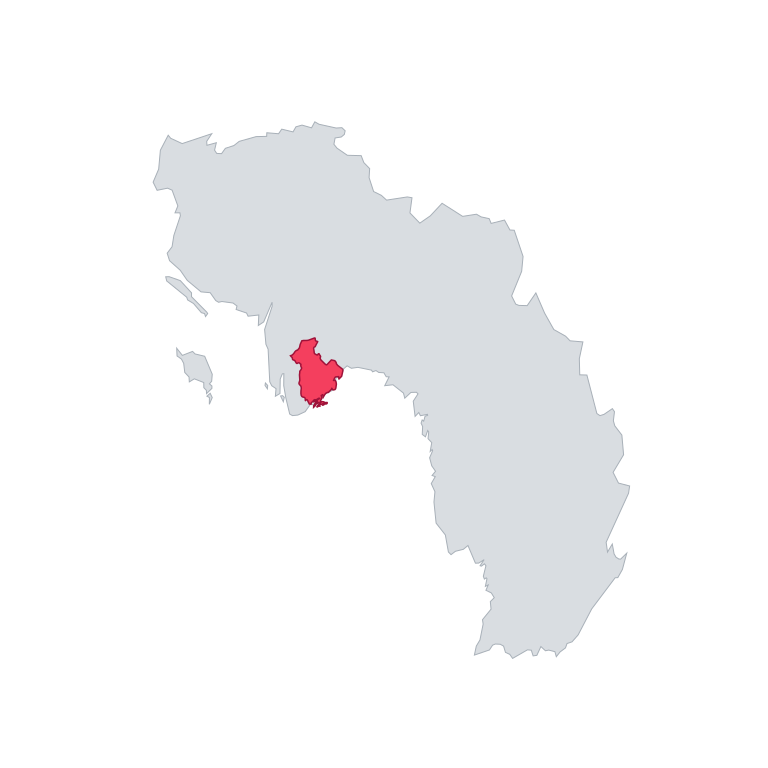 where Uppsala sits in Sweden, rotated 107°
{"feature_id": "SWE-195", "entity_name": "Uppsala", "entity_type": "County", "adm_level": 1, "iso_a3": "SWE", "parent_name": "Sweden", "parent_adm1": "", "projection": "equal_earth", "projection_center": [17.867, 60.017], "detail": "fine", "context": "in_parent", "style": "filled", "palette": "rose", "viewbox_px": 768, "rotation_deg": 107, "n_neighbors": 0, "source": "natural_earth", "source_scale": "10m", "svg_char_len": 6959}
<svg xmlns="http://www.w3.org/2000/svg" viewBox="0 0 768 768"><g transform="rotate(107 384 384)"><path d="M160.3,497.1L163.0,502.7L169.4,502.0L172.2,497.9L176.0,485.9L172.3,472.6L178.2,468.0L182.2,460.7L191.0,458.6L203.0,450.2L204.4,441.6L207.4,435.3L198.3,416.4L197.7,411.7L212.8,409.2L219.7,396.8L209.7,388.9L194.2,381.3L200.7,357.8L194.6,345.2L195.8,339.9L195.1,331.8L199.1,328.5L192.0,316.7L199.9,308.6L198.9,304.4L221.4,288.3L236.0,285.3L262.5,287.7L269.1,281.4L269.4,278.0L267.2,270.0L252.5,265.4L269.2,251.2L282.3,237.5L285.2,224.3L288.3,218.7L285.6,206.1L302.7,204.6L318.0,199.5L316.1,192.6L350.0,171.8L351.1,168.2L348.7,164.7L340.8,158.4L343.1,155.5L352.1,153.9L356.5,151.1L363.3,141.6L381.6,134.2L401.5,139.1L410.2,130.8L409.7,119.3L417.0,118.2L470.4,125.3L479.4,121.1L470.3,118.9L479.2,114.3L481.8,111.5L482.7,108.3L482.3,106.5L474.8,102.4L491.7,101.8L500.8,103.8L501.7,106.3L538.3,119.6L567.2,125.0L575.6,128.8L578.7,133.1L583.3,133.3L588.8,137.3L594.4,139.5L590.0,142.3L590.3,148.7L591.9,151.6L589.2,157.2L598.8,158.5L600.4,161.9L595.5,165.3L596.3,169.1L608.8,180.8L605.8,184.6L605.1,189.4L599.7,193.0L598.9,196.7L600.1,201.5L602.0,203.8L607.5,205.4L616.8,218.3L607.7,219.1L600.7,217.4L584.6,219.0L580.6,220.9L568.0,215.8L561.0,218.7L556.1,216.1L552.4,220.3L551.5,226.2L545.7,225.6L547.9,227.9L540.1,228.6L539.5,229.6L541.2,231.0L538.8,232.8L528.0,233.4L526.6,235.3L529.7,237.6L529.7,239.0L522.7,236.9L527.6,241.1L528.6,244.2L513.9,256.5L518.9,259.8L523.1,266.8L527.6,270.0L525.8,273.3L510.4,281.2L501.8,293.5L482.3,301.7L472.1,303.8L465.4,309.7L457.6,307.9L457.4,311.3L452.4,309.2L448.3,314.4L441.2,318.8L433.5,318.0L432.6,318.8L435.0,320.1L426.1,321.2L423.4,325.9L416.8,327.2L415.7,328.6L422.4,328.9L421.0,332.7L413.4,334.6L410.6,337.1L407.2,337.0L407.9,335.2L402.8,335.3L401.2,333.1L400.3,333.6L403.7,339.9L401.1,342.4L405.9,344.8L391.9,351.0L383.5,348.6L382.4,350.5L384.2,355.8L391.5,360.0L387.0,362.7L382.1,375.2L385.4,382.8L375.7,381.2L376.4,384.0L373.3,387.4L374.5,392.4L373.5,395.6L375.7,398.5L374.4,400.0L375.7,413.8L378.5,419.8L377.4,424.6L381.4,427.1L389.9,427.7L392.3,431.7L403.1,429.3L410.6,437.1L425.1,443.8L424.3,448.2L433.5,451.3L438.9,457.3L441.0,462.3L440.3,465.4L426.0,473.8L414.9,479.4L403.4,482.8L404.0,484.2L409.6,484.7L423.5,480.7L427.5,484.3L420.0,485.9L418.5,490.8L415.3,493.9L384.6,505.0L380.6,508.5L366.8,514.1L342.3,513.7L338.5,514.9L359.8,517.2L364.8,521.3L354.6,523.9L358.9,533.8L356.3,536.2L356.0,547.2L352.4,547.4L350.7,552.0L352.5,563.1L354.2,566.1L353.4,569.3L347.5,576.9L349.4,585.9L342.4,602.5L334.8,612.1L328.8,625.1L322.3,629.6L314.7,626.8L303.3,628.4L282.6,627.9L280.0,629.2L281.4,633.9L274.0,633.2L260.6,643.3L260.0,648.2L265.1,657.6L258.5,663.8L244.4,662.3L225.8,666.2L209.2,663.1L211.4,659.8L213.1,647.3L195.0,621.9L203.8,624.5L207.5,623.1L202.3,614.9L209.9,614.4L212.4,611.4L211.2,606.7L205.0,604.6L199.8,597.2L194.3,593.4L184.8,578.6L181.5,568.6L178.0,569.5L175.5,558.0L170.2,556.3L169.5,544.7L163.8,543.4L160.4,538.1L160.2,528.2L153.5,526.8L154.6,522.1L153.2,504.6L151.2,499.2L153.2,495.2L156.9,494.9L160.3,497.1ZM445.1,550.9L442.0,552.0L440.2,555.2L435.3,556.8L434.5,566.9L438.9,570.8L434.3,572.5L431.2,577.9L422.8,581.6L419.4,585.0L417.7,590.1L410.4,592.7L415.6,585.2L408.8,576.6L410.5,573.5L409.9,563.6L424.9,551.1L431.8,549.6L434.9,551.0L436.2,548.0L438.5,547.3L445.1,550.9ZM349.0,621.9L345.3,624.1L344.2,620.9L344.7,609.0L353.1,594.7L356.8,593.6L367.1,574.5L368.2,573.2L371.7,574.4L369.1,576.2L369.2,579.5L362.7,589.7L361.0,596.4L358.7,598.0L349.0,621.9ZM448.0,547.0L447.4,549.8L443.7,547.5L447.2,544.3L454.5,545.1L448.0,547.0ZM430.4,475.1L425.7,479.4L424.8,477.6L425.8,475.5L430.4,475.1ZM420.1,497.4L417.7,497.7L419.4,494.8L422.7,494.1L420.1,497.4Z" fill="#d9dde1" stroke="#a8b0b8" stroke-width="1"/><path d="M382.0,427.8L382.7,427.5L383.3,427.2L388.2,426.8L389.2,426.8L389.9,427.2L390.4,427.6L391.8,428.1L392.3,428.5L391.8,428.9L390.5,429.4L390.2,429.6L390.4,430.2L390.9,431.1L391.0,431.6L391.5,432.5L392.7,433.0L395.3,433.2L395.3,432.9L394.7,431.7L396.0,430.5L398.0,429.5L401.7,428.9L402.8,428.9L403.8,429.4L404.5,430.9L404.4,431.4L404.2,431.8L403.9,432.2L403.5,432.4L403.5,432.7L404.4,432.7L405.3,433.1L407.0,434.1L408.3,434.7L408.4,434.9L408.6,435.6L408.8,435.9L409.9,436.9L411.2,437.5L414.2,438.2L413.6,438.5L412.7,439.0L412.2,439.4L412.2,439.7L412.8,440.1L413.0,440.3L413.3,440.6L413.8,440.3L414.8,439.7L415.5,439.4L416.1,439.3L416.6,439.4L417.8,439.7L420.3,439.7L421.0,440.0L421.0,440.5L421.0,440.9L421.0,441.2L421.2,441.4L422.0,441.8L422.0,442.1L421.6,442.2L421.1,442.1L420.7,442.1L420.3,442.4L425.3,443.6L426.8,444.5L425.3,444.9L419.3,443.5L418.2,442.7L416.3,440.9L416.8,442.4L418.2,443.6L419.9,444.6L421.1,445.6L420.4,445.7L419.9,445.4L419.0,444.7L419.3,445.8L420.0,446.4L421.8,447.1L422.7,447.8L423.2,448.0L423.8,448.0L424.3,447.9L424.6,447.7L424.7,447.3L424.7,447.2L424.7,448.6L424.8,449.2L425.0,449.5L423.1,451.4L422.0,452.3L421.6,452.9L421.5,453.3L421.8,453.7L422.1,453.9L422.4,454.0L422.7,454.2L422.8,454.3L422.6,454.5L421.2,455.0L420.7,455.3L420.3,455.7L420.1,456.3L420.2,458.2L419.8,459.1L419.0,459.9L417.3,460.7L414.8,461.4L412.4,461.8L411.2,462.3L410.3,462.9L409.4,464.4L408.8,465.2L408.0,465.6L405.0,465.6L400.0,467.5L397.7,467.9L396.7,468.2L396.2,468.2L395.0,467.7L394.3,467.5L393.0,467.4L392.7,467.5L392.4,467.7L392.0,468.2L391.3,468.7L390.6,469.0L389.9,469.2L389.5,469.2L389.3,469.4L389.3,469.6L389.2,470.1L388.8,470.6L388.6,471.3L388.7,471.9L388.9,472.3L389.2,472.6L389.8,473.2L389.8,473.5L389.7,473.9L387.9,475.9L387.6,476.3L387.6,476.7L387.5,477.2L387.5,477.8L387.4,478.3L387.1,478.7L385.7,479.4L385.4,479.7L385.0,480.7L384.3,481.7L383.3,480.4L382.4,479.8L381.2,479.2L378.9,478.5L377.8,477.8L377.1,477.1L377.0,476.8L376.9,476.6L375.3,475.9L374.2,475.5L373.4,475.5L370.5,475.7L366.7,475.2L366.4,474.6L366.0,473.9L364.9,470.5L364.3,469.2L360.5,464.2L360.2,463.6L360.4,463.2L362.1,462.5L362.6,462.0L362.8,461.5L362.7,460.5L362.8,460.1L362.9,459.8L363.2,459.8L363.7,459.9L366.2,460.4L368.3,460.7L368.5,460.8L369.0,461.4L369.4,461.7L369.9,461.8L370.6,461.7L371.2,461.4L372.8,460.6L374.7,459.8L375.2,459.3L375.5,458.5L375.7,457.5L375.8,456.7L375.7,456.2L375.4,456.0L374.8,455.8L374.3,455.6L374.1,455.2L374.1,454.9L374.7,454.4L375.8,453.0L376.2,452.7L376.6,452.6L377.5,452.7L378.0,452.6L378.6,452.2L379.4,451.4L382.2,446.1L382.5,445.1L382.4,444.4L381.6,443.9L376.4,441.4L376.1,438.1L376.4,437.3L377.2,436.3L377.8,435.8L378.5,435.5L379.7,433.8L382.0,427.8ZM424.8,440.6L425.2,440.8L425.4,440.9L425.5,441.1L425.4,441.5L425.1,441.5L423.5,440.9L421.4,439.5L419.4,438.8L418.9,437.9L418.7,436.7L418.9,434.6L418.8,434.1L418.3,433.2L418.5,432.8L418.9,432.7L419.5,432.9L419.7,433.1L420.1,433.6L420.2,433.8L420.2,434.0L420.1,434.4L420.2,434.7L420.7,435.1L421.7,435.6L422.0,436.2L421.4,436.1L420.5,435.7L420.0,435.6L420.4,436.2L422.0,438.2L422.4,438.9L422.7,439.4L423.2,439.4L424.0,438.9L424.1,439.5L424.3,439.9L424.8,440.6Z" fill="#f43f5e" stroke="#9f1239" stroke-width="1.5"/></g></svg>